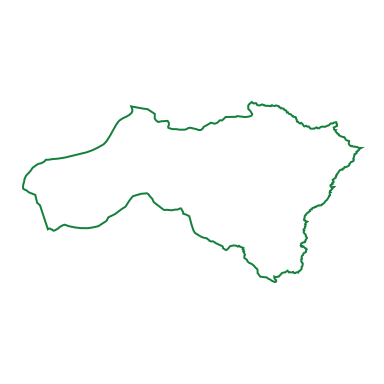 Xamtay, Houaphan, Laos
{"feature_id": "54806243B53408209397741", "entity_name": "Xamtay", "entity_type": "district", "adm_level": 2, "iso_a3": "LAO", "parent_name": "Laos", "parent_adm1": "Houaphan", "projection": "mercator", "projection_center": [104.808, 19.985], "detail": "fine", "context": "isolated", "style": "outline", "palette": "green", "viewbox_px": 384, "rotation_deg": 0, "n_neighbors": 0, "source": "geoboundaries", "source_scale": "gbopen_adm2", "svg_char_len": 6072}
<svg xmlns="http://www.w3.org/2000/svg" viewBox="0 0 384 384"><path d="M40.0,205.3L47.9,229.3L49.2,228.5L50.0,228.6L51.2,229.4L52.2,229.6L53.4,230.7L54.6,230.5L58.1,228.5L59.7,227.0L63.0,225.2L64.6,224.7L69.3,226.3L74.2,227.3L80.4,228.1L87.8,228.2L92.9,227.4L98.3,226.2L106.5,220.9L108.4,217.3L115.0,214.1L121.9,208.9L125.5,206.7L129.5,200.4L132.9,196.2L141.1,193.8L146.9,193.3L148.2,194.0L150.0,196.4L152.4,199.0L153.7,202.1L163.3,209.5L164.5,210.0L166.9,209.8L171.7,210.3L175.1,209.6L177.4,209.6L180.3,208.4L181.1,208.5L183.2,212.3L183.2,213.7L186.1,214.6L189.3,216.2L191.7,225.1L193.5,230.5L194.9,232.9L200.7,236.5L203.2,237.6L206.8,238.3L207.4,239.1L208.9,239.9L209.6,241.0L211.6,241.5L212.6,241.3L213.6,241.6L216.5,243.6L217.0,243.6L219.0,244.7L221.7,245.8L222.4,246.2L222.9,247.1L223.1,248.3L225.7,249.9L226.6,250.0L228.4,248.3L230.1,246.2L233.8,245.4L236.2,245.7L237.9,246.6L238.6,245.9L239.2,245.9L239.6,246.4L240.5,246.9L243.5,247.9L243.4,248.6L242.8,249.3L243.6,249.8L243.8,250.2L243.1,251.4L243.5,251.8L244.1,251.9L244.1,252.9L245.0,254.9L244.4,255.6L244.3,257.9L246.9,259.8L247.6,261.5L248.8,262.6L251.8,264.0L253.9,265.7L255.6,267.8L256.8,268.6L257.6,270.2L257.6,273.0L260.2,276.6L265.2,277.3L266.2,277.2L268.6,278.9L270.0,279.4L271.4,280.5L273.8,281.7L274.8,282.0L275.8,281.8L276.1,281.5L276.2,280.3L275.0,279.3L274.4,277.7L274.3,276.6L275.2,277.0L276.4,277.1L278.0,276.7L278.4,276.4L278.9,276.5L282.0,273.0L284.2,272.4L285.1,272.4L287.5,270.7L289.0,272.4L289.6,272.1L290.6,272.4L291.9,272.4L293.2,271.9L293.9,272.9L294.9,273.2L296.1,272.5L297.5,272.3L298.2,272.5L298.2,271.7L300.1,270.6L301.6,268.8L301.7,268.4L301.6,266.8L302.4,266.1L302.8,263.8L302.6,263.2L302.0,262.7L301.6,261.6L301.2,261.3L301.5,259.9L301.2,259.3L302.0,258.6L301.6,257.3L301.7,256.7L302.0,255.8L303.0,255.1L303.6,253.3L305.9,252.0L306.1,249.9L306.7,249.3L305.9,248.4L304.9,248.0L303.6,246.6L302.9,246.9L302.2,246.8L302.2,246.1L301.0,246.3L300.7,245.4L301.1,244.6L301.2,243.5L301.8,243.3L302.6,242.6L303.8,242.5L304.5,242.2L304.6,241.8L305.1,241.9L305.6,240.6L305.5,240.2L307.0,238.0L306.4,236.9L305.8,236.4L305.8,235.1L305.4,234.3L304.5,233.6L303.6,232.1L304.3,230.5L303.6,230.1L303.5,229.8L304.0,228.9L305.0,227.9L305.1,227.5L304.9,226.5L305.4,226.3L305.5,225.9L305.7,224.6L305.1,224.3L305.2,223.8L305.9,222.7L307.2,221.7L305.7,221.1L305.3,220.5L304.7,220.6L303.9,219.8L304.4,218.4L304.4,218.0L304.7,217.6L304.7,216.1L305.1,215.4L305.9,214.9L306.2,214.1L307.5,212.8L308.0,212.7L309.1,211.6L309.9,211.3L309.7,210.8L309.9,210.2L311.3,209.2L311.8,209.3L311.9,208.7L312.5,208.0L314.2,207.6L314.6,207.0L315.0,207.1L315.4,206.8L315.9,206.9L316.2,206.5L316.9,206.4L317.4,205.8L318.6,205.4L319.2,205.6L319.5,205.3L321.2,205.3L321.7,204.6L322.0,204.7L323.1,203.7L324.0,203.2L325.5,201.1L327.2,199.6L329.1,196.5L329.0,196.0L330.0,195.3L329.6,192.8L329.7,192.4L330.4,192.3L329.9,191.8L330.0,190.9L331.2,190.3L331.5,189.5L332.2,189.0L332.7,188.1L333.9,187.0L332.9,187.0L332.0,187.7L331.5,187.6L330.4,185.8L330.5,185.1L332.3,184.4L331.9,183.8L332.3,182.9L332.9,183.0L333.6,182.2L333.5,181.1L332.8,180.5L332.7,179.8L335.7,177.7L335.7,176.9L336.2,176.6L336.1,175.4L336.5,174.9L336.9,174.8L337.0,174.1L338.2,172.8L339.2,171.0L339.8,170.3L340.9,169.8L342.4,169.7L342.5,168.8L342.9,168.9L343.9,168.4L344.5,167.1L345.9,167.1L348.2,166.1L349.3,165.1L349.4,163.8L349.9,163.5L350.8,162.2L353.4,161.1L353.8,159.7L353.2,158.8L353.7,158.1L354.3,155.4L354.6,155.0L354.4,154.6L354.7,154.1L355.7,153.8L356.6,153.2L356.7,152.8L356.3,152.2L356.4,151.7L357.9,151.0L358.0,150.5L358.9,150.0L359.8,148.6L361.0,148.0L358.7,147.9L357.2,147.0L355.3,146.8L354.2,146.5L353.1,146.6L351.9,145.9L351.5,146.2L350.4,145.9L349.3,144.7L348.7,143.7L349.1,141.0L347.4,140.6L346.0,139.9L345.4,139.2L345.2,138.2L344.5,137.7L344.0,137.0L343.1,137.1L340.2,136.0L338.8,135.2L338.9,134.5L338.1,133.8L337.3,133.6L337.1,133.3L337.1,132.9L336.2,132.2L335.6,131.4L335.5,130.3L335.7,130.1L334.7,129.9L334.1,129.4L334.1,128.2L333.8,127.5L337.0,125.9L336.9,125.0L337.1,124.4L336.6,123.9L336.5,122.7L336.2,122.2L333.7,122.7L332.8,123.5L331.2,123.4L330.3,123.6L329.9,124.3L328.6,125.5L327.9,125.5L324.9,126.9L323.5,126.6L321.7,126.7L320.4,127.2L319.4,128.2L318.5,128.1L317.9,128.4L317.2,128.0L316.7,127.4L315.3,127.9L314.6,128.6L310.8,128.7L310.1,128.3L309.0,126.6L307.4,126.7L306.4,125.8L304.3,126.4L303.8,126.0L302.2,123.6L301.6,123.1L301.2,122.9L300.4,123.5L299.4,123.2L297.9,121.7L297.3,121.8L297.0,121.5L296.7,121.0L296.8,119.8L296.0,118.6L295.9,117.5L295.6,117.2L293.4,116.8L293.1,116.1L292.5,116.1L290.8,114.3L289.0,113.8L288.1,113.0L288.0,112.4L286.8,112.4L286.3,110.7L285.8,110.4L285.0,110.3L284.2,109.7L283.8,108.8L282.0,108.4L281.1,107.9L280.8,108.2L280.2,107.7L279.5,107.4L279.0,107.0L279.1,106.5L278.7,106.2L276.0,105.4L274.8,106.0L273.2,105.8L272.0,105.2L271.6,105.3L271.0,106.1L270.4,105.8L269.8,106.1L267.5,105.7L267.0,105.9L265.9,105.9L265.5,105.8L264.7,105.2L264.1,105.4L262.6,104.5L262.0,104.7L261.5,104.6L259.9,105.4L258.7,105.4L257.3,105.1L256.9,104.6L256.8,104.0L255.9,103.1L253.7,103.5L253.3,103.1L252.5,102.8L251.8,102.0L249.2,104.2L248.2,105.7L248.3,109.0L250.3,110.9L252.2,114.1L251.6,115.6L249.7,116.4L245.4,117.1L237.1,116.1L236.1,116.8L225.7,117.0L222.1,120.4L219.9,120.3L217.2,122.8L214.8,123.7L210.7,122.7L209.9,123.4L203.5,127.0L202.8,128.5L200.9,130.0L198.5,130.0L196.5,129.2L190.2,127.7L187.9,128.2L186.5,129.2L184.4,129.7L179.7,129.7L176.0,129.1L172.5,129.1L169.9,128.4L168.4,127.9L168.1,126.8L168.9,125.0L168.9,123.0L167.6,120.9L161.3,121.3L158.3,122.0L156.1,120.5L154.7,118.4L154.8,113.9L147.6,109.2L142.5,108.5L131.2,106.4L132.3,109.3L132.3,111.2L131.6,112.9L129.2,115.0L126.6,116.5L122.6,118.4L119.6,120.4L118.4,121.6L116.0,125.0L110.1,135.6L106.7,141.0L104.4,143.6L103.3,144.5L97.9,147.6L92.2,150.3L86.6,152.3L65.2,157.5L57.6,158.7L52.5,159.1L48.6,159.7L45.8,159.8L44.3,161.6L40.8,163.4L39.2,163.6L37.0,164.6L32.7,167.7L30.3,171.2L26.2,175.5L24.6,178.8L24.0,182.3L23.2,184.7L23.0,188.0L23.5,189.0L26.9,190.7L28.8,192.3L35.3,194.9L37.1,202.7L40.0,205.3Z" fill="none" stroke="#15803d" stroke-width="2"/></svg>